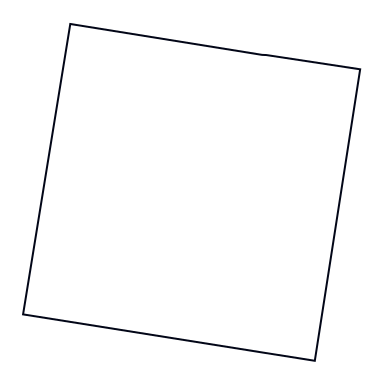 the district of Castro, Texas, United States of America, rotated 9°
{"feature_id": "52423323B59330108654898", "entity_name": "Castro", "entity_type": "district", "adm_level": 2, "iso_a3": "USA", "parent_name": "United States of America", "parent_adm1": "Texas", "projection": "albers", "projection_center": [-102.185, 34.531], "detail": "fine", "context": "isolated", "style": "outline", "palette": "ink", "viewbox_px": 384, "rotation_deg": 9, "n_neighbors": 0, "source": "geoboundaries", "source_scale": "gbopen_adm2", "svg_char_len": 254}
<svg xmlns="http://www.w3.org/2000/svg" viewBox="0 0 384 384"><g transform="rotate(9 192 192)"><path d="M339.7,339.5L338.9,44.5L244.0,45.1L239.8,45.6L45.5,45.1L44.3,339.3L288.0,339.5L339.7,339.5Z" fill="none" stroke="#020617" stroke-width="2"/></g></svg>